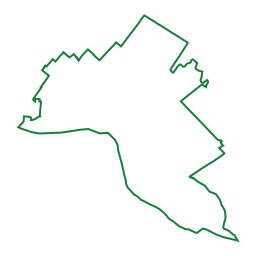 outline of Copaceni, Giurgiu, Romania
{"feature_id": "2599482B89943815520443", "entity_name": "Copaceni", "entity_type": "district", "adm_level": 2, "iso_a3": "ROU", "parent_name": "Romania", "parent_adm1": "Giurgiu", "projection": "mercator", "projection_center": [26.1, 44.268], "detail": "fine", "context": "isolated", "style": "outline", "palette": "green", "viewbox_px": 256, "rotation_deg": 0, "n_neighbors": 0, "source": "geoboundaries", "source_scale": "gbopen_adm2", "svg_char_len": 4208}
<svg xmlns="http://www.w3.org/2000/svg" viewBox="0 0 256 256"><path d="M237.7,240.6L236.3,238.2L235.1,236.2L234.5,235.2L234.1,234.9L233.9,234.8L233.2,234.6L232.5,234.1L232.3,233.9L231.4,233.0L231.2,232.9L230.5,232.2L230.3,232.1L229.7,231.4L229.0,231.0L227.7,230.2L227.4,230.1L226.3,229.6L224.7,229.0L224.6,228.9L224.4,228.8L223.9,228.6L223.5,228.1L223.3,227.6L223.2,227.2L223.3,226.6L223.6,225.3L224.7,221.1L225.3,218.9L225.5,218.0L225.4,215.9L225.2,212.9L225.0,211.3L224.0,209.2L223.9,208.9L223.4,208.0L221.6,205.0L220.8,202.4L220.0,200.3L219.7,199.6L218.9,198.3L216.8,195.3L216.2,194.5L215.4,194.0L214.4,193.7L213.5,192.9L211.3,192.4L210.4,192.0L209.6,191.6L208.9,190.9L208.6,190.6L206.7,188.0L205.7,186.6L205.5,186.4L204.8,185.6L204.1,185.2L203.6,184.8L203.4,184.7L202.1,184.2L200.2,183.0L198.5,182.1L196.2,180.3L195.6,179.8L195.0,179.3L193.0,178.3L191.1,177.5L191.5,177.4L191.2,177.3L190.8,176.9L190.1,176.3L198.4,170.7L198.5,170.6L206.3,165.6L214.0,160.9L220.6,156.2L220.9,156.2L224.2,153.5L224.4,153.4L224.3,153.2L221.8,150.7L221.5,150.4L219.2,148.0L221.4,146.5L222.7,145.6L223.0,145.5L221.4,143.8L220.9,142.8L220.7,142.1L221.3,141.6L221.8,141.2L221.6,140.9L221.3,140.5L219.7,140.3L218.0,140.0L214.0,135.9L201.3,122.6L197.6,118.7L192.1,113.1L188.0,108.8L181.2,101.7L180.9,101.2L187.5,95.9L188.0,95.5L189.1,94.6L191.8,92.5L199.2,86.6L201.5,84.8L203.6,85.6L204.5,86.0L206.1,87.0L206.2,86.3L206.3,86.0L206.3,85.8L206.4,85.0L206.9,84.1L207.8,83.0L208.1,82.3L207.9,81.3L207.4,80.3L206.9,80.0L204.0,82.3L203.0,83.1L202.0,82.6L200.7,81.4L200.6,80.7L200.7,79.5L201.2,78.4L201.6,76.6L202.1,73.2L202.4,71.7L198.2,70.5L197.6,70.0L195.8,68.7L195.5,68.2L195.5,67.6L195.8,66.7L196.9,63.9L197.2,63.1L196.9,62.9L194.8,61.1L192.7,59.4L191.8,59.9L191.1,60.8L190.8,61.8L190.7,62.2L190.3,62.6L190.1,62.7L188.7,63.2L187.7,63.4L187.0,63.9L185.9,64.8L185.4,65.5L185.0,66.2L184.5,66.5L184.3,66.7L183.3,66.6L182.8,66.5L182.6,66.4L181.7,65.3L180.4,64.5L179.7,64.6L179.3,64.8L177.3,67.0L176.6,68.2L175.2,70.0L173.3,72.6L172.3,72.4L170.5,70.0L170.9,68.9L172.8,65.9L175.0,62.5L177.4,59.0L179.8,55.5L184.5,48.1L187.6,43.1L187.8,42.7L186.6,42.0L185.6,41.2L185.3,41.0L183.1,39.7L182.2,39.1L181.7,38.8L181.2,38.5L177.7,36.3L175.9,35.1L174.0,34.0L171.9,32.7L168.7,30.6L166.9,29.5L164.5,28.0L163.2,27.2L161.2,25.9L160.0,25.2L159.7,25.0L156.8,23.2L153.7,21.2L151.4,19.8L150.4,19.2L149.3,18.4L147.9,17.6L147.3,17.2L146.8,16.9L145.9,16.3L145.4,16.0L144.8,15.6L144.7,15.6L144.3,15.4L144.0,15.8L143.9,15.9L143.7,16.2L143.6,16.3L143.3,16.6L142.9,17.1L142.5,17.7L141.9,18.4L141.3,19.2L141.3,19.3L140.8,19.9L140.3,20.6L139.6,21.8L139.2,22.4L139.1,22.6L138.9,22.8L137.7,24.4L136.7,25.7L136.6,25.9L136.1,26.5L135.2,27.6L134.4,28.8L134.1,29.1L133.4,30.0L132.5,31.3L131.4,32.7L130.8,33.5L129.9,34.7L129.7,35.0L129.2,35.6L129.1,35.8L128.8,36.1L128.6,36.4L127.9,37.2L127.9,37.3L127.6,37.7L127.3,38.0L127.0,38.4L126.8,38.7L126.7,38.8L125.6,40.3L124.7,41.5L124.5,41.8L123.7,42.8L121.8,45.4L121.6,45.6L121.3,46.0L121.0,46.4L119.4,45.0L116.4,42.6L116.1,42.4L115.9,42.6L115.5,43.2L113.7,45.1L104.5,54.9L100.7,59.0L99.8,59.9L99.4,60.3L93.6,55.0L93.9,54.7L87.9,49.4L81.8,55.9L78.5,60.7L77.8,59.6L78.2,59.3L76.8,57.3L76.4,57.6L74.0,54.2L69.3,57.4L63.6,52.4L63.4,52.7L63.2,52.5L55.4,61.5L52.7,59.2L46.5,66.5L45.3,65.5L43.9,67.3L44.3,67.7L42.1,70.2L48.9,75.7L44.1,82.8L43.9,82.7L40.8,87.2L41.3,87.5L37.9,92.4L34.5,97.2L33.6,98.6L33.2,99.5L33.2,99.8L33.5,100.1L35.1,101.4L35.3,98.7L39.6,99.1L39.4,101.4L41.0,101.5L39.8,115.3L40.2,116.4L38.5,116.7L37.2,117.6L35.6,118.8L33.6,119.6L31.2,120.2L30.9,120.1L30.9,117.7L30.2,116.9L24.0,116.4L23.5,121.7L23.1,122.3L22.2,123.1L21.3,124.1L18.3,127.2L19.1,127.6L20.2,128.2L22.5,129.0L30.0,131.6L31.5,132.1L32.3,132.2L39.2,133.5L61.4,132.6L80.6,129.7L88.3,129.0L99.6,133.4L107.9,132.8L112.6,137.4L115.1,140.0L117.6,144.9L118.3,150.8L122.1,164.9L124.3,174.9L125.9,180.8L126.1,183.9L127.6,187.4L133.7,194.1L138.2,197.1L140.8,199.6L145.8,202.1L150.5,204.7L155.9,207.0L159.9,209.4L163.9,212.9L166.9,216.0L168.4,218.2L172.8,221.2L179.5,226.4L185.4,229.1L188.6,229.4L194.9,232.3L197.0,233.0L202.6,228.6L206.0,229.3L213.1,232.9L216.5,234.6L223.3,237.1L231.1,239.0L237.7,240.6Z" fill="none" stroke="#15803d" stroke-width="2"/></svg>